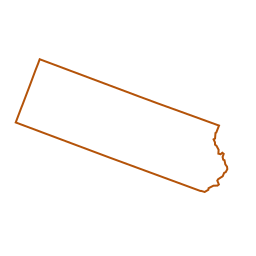 outline of Beaver, Utah, United States of America, rotated 20°
{"feature_id": "52423323B8747070342257", "entity_name": "Beaver", "entity_type": "district", "adm_level": 2, "iso_a3": "USA", "parent_name": "United States of America", "parent_adm1": "Utah", "projection": "orthographic", "projection_center": [-112.824, 38.36], "detail": "fine", "context": "isolated", "style": "outline", "palette": "amber", "viewbox_px": 256, "rotation_deg": 20, "n_neighbors": 0, "source": "geoboundaries", "source_scale": "gbopen_adm2", "svg_char_len": 713}
<svg xmlns="http://www.w3.org/2000/svg" viewBox="0 0 256 256"><g transform="rotate(20 128 128)"><path d="M212.4,104.5L211.9,102.8L212.5,102.1L212.7,94.6L201.8,94.6L146.5,94.7L128.6,94.6L21.5,93.6L21.5,97.6L21.5,98.3L21.3,105.3L21.2,120.4L21.2,120.5L20.9,142.7L20.8,145.1L20.6,161.2L120.1,162.1L217.6,162.4L218.2,162.1L221.9,161.9L224.6,158.6L224.3,157.0L228.0,153.0L231.8,151.5L232.7,150.0L229.9,146.9L230.2,145.3L233.5,140.9L233.7,137.2L234.9,136.1L235.4,132.7L234.3,130.5L231.9,128.9L229.7,125.3L228.3,125.2L226.8,122.9L226.8,119.6L225.1,119.0L224.0,121.0L221.7,121.2L220.6,117.5L217.3,114.5L215.5,113.9L214.6,111.7L212.3,109.4L213.4,108.1L212.4,104.5Z" fill="none" stroke="#b45309" stroke-width="2"/></g></svg>